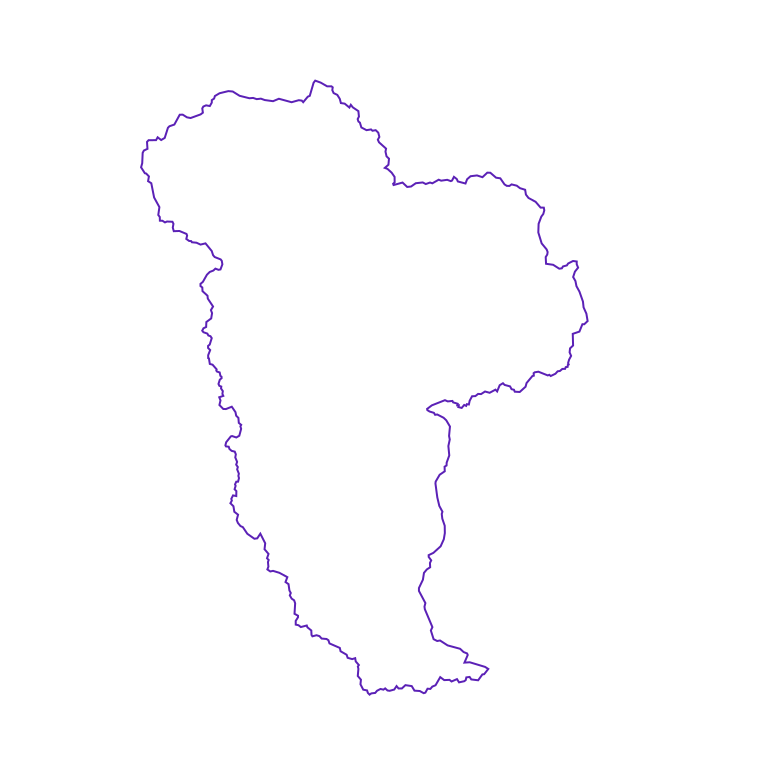 Pai, Mae Hong Son, Thailand, rotated 172°
{"feature_id": "78962969B97978229640938", "entity_name": "Pai", "entity_type": "district", "adm_level": 2, "iso_a3": "THA", "parent_name": "Thailand", "parent_adm1": "Mae Hong Son", "projection": "robinson", "projection_center": [98.443, 19.365], "detail": "fine", "context": "isolated", "style": "outline", "palette": "violet", "viewbox_px": 768, "rotation_deg": 172, "n_neighbors": 0, "source": "geoboundaries", "source_scale": "gbopen_adm2", "svg_char_len": 6119}
<svg xmlns="http://www.w3.org/2000/svg" viewBox="0 0 768 768"><g transform="rotate(172 384 384)"><path d="M541.5,332.0L540.3,327.3L541.6,324.7L540.3,322.1L541.3,319.9L540.2,315.4L541.0,313.3L540.7,311.0L542.1,307.6L543.9,307.8L545.5,305.3L545.1,303.8L546.6,300.6L545.1,298.5L545.9,293.6L549.0,294.7L551.2,291.5L550.9,289.7L552.7,287.3L550.1,283.9L550.0,278.3L546.7,274.9L548.8,269.9L548.0,266.7L545.9,263.3L543.7,261.9L540.2,254.7L533.9,248.8L531.0,248.8L527.3,253.0L523.8,242.8L525.3,237.0L522.0,231.8L524.1,227.7L522.7,225.8L523.7,223.8L523.9,219.2L525.3,216.6L522.7,214.2L519.9,214.4L513.9,211.6L506.6,206.2L509.1,201.6L506.4,199.1L506.4,192.7L505.4,190.0L506.7,187.8L505.3,184.3L503.1,182.3L502.5,179.2L504.6,168.9L501.4,166.5L501.6,165.0L504.4,161.7L504.9,158.0L502.2,157.0L500.2,154.9L494.1,155.6L493.7,153.7L490.3,150.0L490.7,145.6L490.0,144.1L485.8,144.6L483.0,143.3L481.2,140.6L476.4,139.5L474.7,138.0L474.1,134.7L464.5,128.8L464.2,125.4L458.7,121.1L458.1,117.9L453.8,116.0L450.7,116.5L450.6,113.2L448.0,109.2L449.2,107.9L449.0,105.5L450.6,98.5L448.0,94.4L449.1,89.9L447.1,84.2L443.4,82.9L443.0,80.4L441.5,78.4L439.6,79.4L435.7,79.3L433.6,81.2L429.9,82.5L427.1,81.4L425.2,82.4L423.2,80.0L421.1,79.4L416.4,80.0L413.6,83.1L412.0,80.5L408.7,80.0L404.7,82.8L398.6,81.0L396.5,76.1L391.3,75.0L387.7,72.3L386.0,72.6L383.3,76.2L380.5,75.6L378.3,77.6L374.9,78.5L369.1,85.9L365.6,82.4L360.3,81.9L358.5,80.0L352.8,81.6L351.2,78.1L345.9,78.5L344.3,79.4L343.3,82.0L340.0,82.0L338.7,79.3L332.0,77.5L327.0,82.7L325.2,82.7L320.4,87.3L323.3,89.8L337.8,96.5L343.1,96.9L338.8,104.0L339.2,105.6L342.5,107.5L345.5,111.2L357.4,116.3L364.2,122.2L367.1,122.1L370.4,124.4L371.9,133.4L369.9,136.5L374.9,155.3L374.9,157.9L373.5,161.3L378.2,174.2L377.8,177.1L372.7,184.8L370.7,191.4L367.4,194.4L363.8,196.1L363.4,200.4L361.8,202.8L363.8,206.5L363.6,208.3L358.6,209.9L350.5,215.4L346.4,221.9L344.5,227.9L343.6,235.2L345.0,242.5L344.9,247.3L343.9,249.4L346.2,255.6L347.0,264.3L346.9,278.3L346.4,280.2L341.5,286.4L336.0,289.1L335.5,293.7L333.4,294.6L332.9,297.4L329.3,304.2L328.9,313.6L326.6,319.9L326.8,323.5L324.6,332.7L327.4,339.4L329.7,342.3L335.5,346.4L337.7,346.4L338.6,348.5L342.7,350.4L344.7,352.1L344.8,353.3L339.6,356.2L325.9,359.5L323.3,357.9L318.6,357.7L318.1,356.2L313.8,354.2L314.4,352.7L312.9,352.5L313.6,350.8L310.4,349.5L307.5,352.1L305.7,350.9L304.8,352.5L302.8,351.9L301.5,355.5L298.5,359.6L295.2,359.3L292.2,361.1L289.3,360.5L285.0,362.5L280.6,360.6L274.4,362.9L273.0,360.9L269.6,366.7L266.1,368.2L264.7,366.3L259.5,364.1L258.4,361.1L256.1,360.2L255.6,358.2L250.7,357.2L244.2,361.6L242.7,365.1L236.0,371.2L234.5,371.4L234.3,373.9L233.1,374.6L229.4,374.7L220.6,369.7L219.0,370.1L217.8,368.7L212.8,370.3L210.3,372.4L208.0,372.4L205.3,374.1L202.6,373.8L201.7,375.4L199.8,375.4L199.3,377.3L198.4,377.6L198.8,379.1L197.3,382.4L194.8,385.8L195.8,389.5L194.8,393.4L191.4,395.8L190.1,407.4L183.2,408.7L179.2,415.6L177.4,415.3L173.6,418.0L173.8,425.5L175.7,432.1L175.5,437.9L177.6,448.3L179.8,454.1L180.1,459.3L181.8,463.6L179.3,468.7L175.6,472.2L176.5,475.8L176.1,478.5L179.7,479.5L184.9,477.7L186.4,476.0L190.4,475.5L191.8,473.8L194.4,473.8L199.9,478.5L206.8,480.5L206.2,487.2L204.3,489.5L203.6,491.9L204.2,494.6L208.3,501.3L210.1,512.6L208.6,521.1L204.9,527.9L202.6,530.2L201.1,533.7L201.2,536.4L204.4,536.9L208.5,543.3L215.0,548.1L217.1,551.8L217.2,556.7L222.1,559.0L224.9,561.9L229.9,563.9L232.2,562.7L234.8,563.1L236.9,564.9L240.2,571.5L244.3,572.7L249.3,578.4L252.3,578.9L257.7,575.1L262.9,577.6L269.4,577.7L273.2,575.2L275.4,571.2L282.7,574.3L283.4,576.8L285.9,579.4L288.3,576.0L289.6,575.6L293.0,577.4L299.1,577.4L301.4,578.7L308.2,576.0L310.4,577.1L314.8,576.2L317.6,578.2L324.6,578.4L329.7,575.8L333.6,575.9L337.6,580.9L346.8,579.7L347.1,581.0L345.4,582.2L344.7,587.6L347.0,592.2L350.6,596.5L353.1,597.9L349.1,600.5L347.7,606.4L349.8,609.1L350.2,613.9L349.2,616.8L355.3,624.0L356.1,626.8L354.2,629.3L354.7,633.7L356.9,636.5L360.2,636.4L361.4,637.9L366.0,637.8L370.7,641.2L371.5,646.2L372.8,647.5L373.2,650.0L371.6,652.3L371.4,657.8L376.4,662.3L378.0,665.1L379.8,662.6L383.9,667.1L387.6,668.2L388.1,672.5L390.0,676.8L393.4,679.1L394.3,682.2L393.5,684.9L394.6,686.1L398.9,686.7L404.8,691.3L409.9,694.0L411.8,692.1L417.4,679.7L419.5,679.1L424.8,674.3L426.0,676.1L428.9,676.9L436.3,675.9L448.4,681.1L454.5,679.5L462.6,681.8L466.2,683.7L470.4,683.8L473.8,685.5L477.5,685.7L486.9,689.5L493.1,694.7L497.4,695.7L506.4,694.8L511.4,692.7L512.5,690.3L515.0,689.1L515.4,686.6L517.8,683.5L521.4,684.7L524.3,683.9L525.6,682.2L525.6,677.9L528.1,676.5L538.5,674.3L542.0,675.5L545.8,678.7L548.8,679.1L555.5,670.1L560.6,669.1L562.3,667.8L566.9,658.2L570.7,656.6L573.8,659.8L575.8,657.2L583.2,658.2L585.0,656.7L585.5,649.8L589.3,648.6L590.8,646.5L592.7,636.3L594.4,632.4L591.5,626.0L590.2,625.5L587.9,622.3L589.4,617.7L586.5,615.2L585.7,600.7L581.8,590.4L584.0,582.8L582.8,580.6L583.2,576.9L580.7,576.5L578.4,574.5L576.3,575.1L570.9,574.1L570.2,571.9L571.4,568.3L570.9,564.6L565.3,564.0L558.7,560.1L558.3,558.4L559.6,555.2L557.1,552.8L555.0,552.3L554.5,551.1L550.0,550.0L546.3,547.6L541.2,548.1L536.1,539.7L535.3,535.3L534.0,533.3L528.4,530.1L527.5,528.5L527.4,525.0L530.0,520.2L532.0,520.1L534.9,521.7L537.2,520.1L541.0,519.2L544.1,516.9L549.2,510.3L551.8,508.7L552.1,506.5L550.5,504.9L550.8,501.2L546.5,496.0L546.6,493.1L542.5,484.5L545.1,481.3L544.4,478.1L546.0,473.0L551.3,470.1L552.2,465.2L555.0,464.3L556.6,462.1L555.6,460.4L551.9,458.5L551.2,456.5L549.2,455.5L548.2,453.4L551.1,447.3L552.9,446.2L553.2,444.2L551.4,441.8L554.1,437.0L554.5,434.1L553.8,433.7L553.7,428.1L551.1,427.0L547.7,421.8L548.2,420.6L547.6,419.5L545.1,418.3L544.9,414.9L543.9,413.8L544.0,412.4L546.0,411.1L547.9,407.1L547.3,405.1L545.5,404.1L546.0,402.2L544.6,399.4L545.4,396.7L544.8,394.6L549.0,393.8L548.2,390.5L549.9,386.1L546.6,381.6L544.0,381.2L537.9,382.7L535.0,376.8L534.8,373.2L532.9,370.7L533.2,365.7L531.1,363.4L532.1,362.1L531.7,359.5L534.5,352.9L537.7,351.6L541.7,353.6L543.0,353.4L548.4,348.3L549.6,345.3L549.2,344.2L546.5,343.5L546.1,341.2L544.2,339.0L541.2,337.8L540.5,335.0L541.5,332.0Z" fill="none" stroke="#5b21b6" stroke-width="2"/></g></svg>